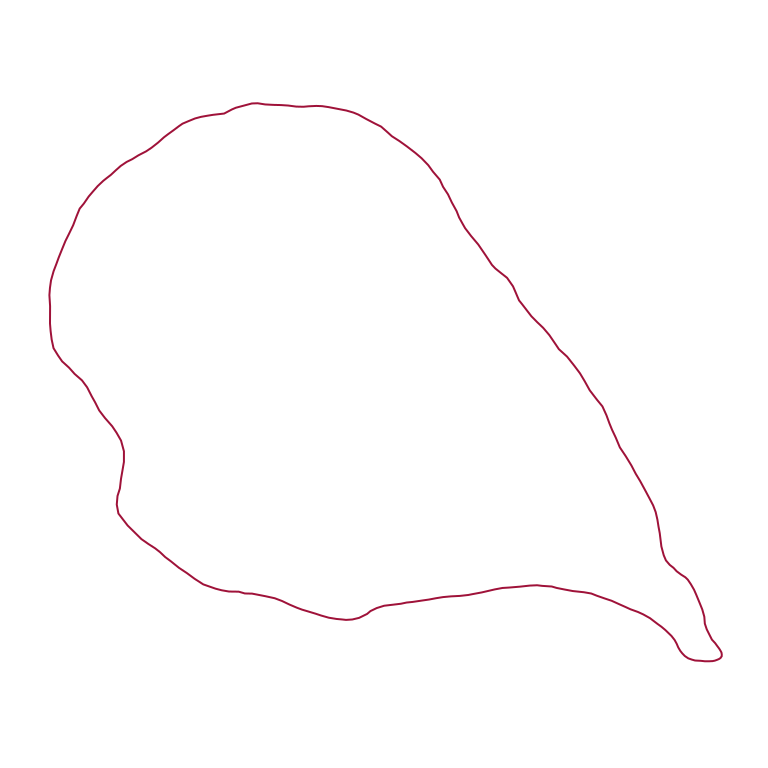 the district of Hadhdhunmathee, Maldives, rotated 89°
{"feature_id": "70690204B84265710008928", "entity_name": "Hadhdhunmathee", "entity_type": "district", "adm_level": 2, "iso_a3": "MDV", "parent_name": "Maldives", "parent_adm1": "", "projection": "natural_earth1", "projection_center": [73.435, 1.956], "detail": "fine", "context": "isolated", "style": "outline", "palette": "rose", "viewbox_px": 768, "rotation_deg": 89, "n_neighbors": 0, "source": "geoboundaries", "source_scale": "gbopen_adm2", "svg_char_len": 3354}
<svg xmlns="http://www.w3.org/2000/svg" viewBox="0 0 768 768"><g transform="rotate(89 384 384)"><path d="M289.3,717.0L300.3,716.5L309.0,716.7L317.7,716.9L325.3,716.4L333.8,715.5L342.4,713.8L349.8,709.4L355.8,705.4L362.1,698.7L368.6,693.1L375.1,685.9L382.1,680.9L391.3,676.4L397.2,673.2L405.5,669.2L413.1,663.6L421.5,656.5L428.0,652.3L436.0,647.9L446.7,645.2L457.4,645.4L466.4,647.1L474.2,648.6L483.9,649.9L491.3,652.4L499.9,653.3L508.9,651.8L521.0,642.8L534.9,629.2L539.9,622.3L544.3,615.7L548.2,610.9L553.3,605.7L557.3,600.5L564.3,592.1L569.6,584.4L575.5,576.7L581.2,568.2L585.7,556.0L587.4,549.9L588.8,542.6L589.1,532.9L591.0,526.8L591.3,519.5L592.4,514.3L594.1,506.3L596.3,497.0L599.2,489.7L602.9,482.3L606.2,474.9L608.2,469.8L609.9,464.4L612.5,456.3L614.4,450.9L616.7,443.3L618.1,435.5L618.7,429.9L619.2,426.1L618.9,419.8L617.4,413.0L613.6,404.9L610.8,401.5L607.9,395.2L605.7,387.7L604.8,378.7L604.0,370.9L602.9,365.2L602.4,359.2L601.1,349.2L600.3,342.8L599.1,335.8L598.1,328.8L597.5,320.8L597.2,311.8L596.4,303.3L595.7,299.5L594.1,289.9L591.3,276.8L590.0,269.1L589.7,262.3L589.0,251.6L588.1,241.7L587.9,234.4L588.6,229.4L589.4,219.8L590.9,215.0L592.6,207.2L594.3,198.9L595.7,187.7L597.1,180.4L599.4,174.9L602.2,167.3L604.7,160.2L608.4,152.4L611.0,146.8L613.5,141.6L616.4,134.0L618.9,128.8L622.8,122.1L626.3,117.7L628.9,114.4L631.6,110.8L634.8,107.1L638.1,103.8L640.9,101.0L645.0,97.9L648.8,95.9L652.5,94.4L656.0,92.4L658.5,90.5L661.2,88.0L663.6,84.6L664.9,81.1L665.9,77.8L666.3,72.1L666.8,68.2L666.9,63.9L666.8,60.4L666.4,58.1L665.5,55.5L664.8,53.8L663.8,52.3L662.1,51.1L660.2,51.0L658.3,51.3L656.4,52.3L654.4,53.5L651.5,55.6L648.9,57.4L645.3,60.6L639.3,63.5L634.9,65.6L629.2,67.4L622.3,67.8L615.0,69.7L608.5,72.2L600.1,75.5L595.1,77.6L589.5,80.7L584.9,83.7L582.5,86.1L579.8,90.2L576.3,94.7L572.9,97.7L569.8,101.5L565.3,105.2L560.1,107.3L556.1,108.3L551.3,109.5L538.0,110.9L531.5,112.0L524.4,113.0L516.8,114.6L510.1,117.0L503.3,120.4L494.3,125.0L485.5,129.6L478.1,133.9L469.7,138.1L460.5,143.5L451.5,149.3L441.7,153.2L433.7,156.8L427.3,159.3L419.2,162.1L410.2,166.0L403.5,171.3L393.9,178.4L384.7,183.3L376.7,187.9L369.1,193.4L359.8,200.5L352.3,208.5L346.1,212.5L337.9,217.9L330.6,223.9L324.9,229.7L318.9,235.4L313.4,239.5L306.4,244.7L302.8,247.5L298.4,249.3L294.4,250.9L288.6,253.3L280.0,259.1L275.5,264.6L270.5,270.6L266.8,274.0L262.2,276.9L256.7,280.4L246.2,287.3L237.6,294.3L229.6,300.2L225.0,302.7L218.8,306.0L212.4,308.4L203.7,313.0L195.5,316.7L187.9,321.5L180.6,324.7L172.6,331.3L166.0,335.9L158.9,342.5L153.6,348.5L146.9,356.9L141.4,364.3L136.4,371.8L132.9,375.5L126.6,382.4L123.4,388.6L118.7,397.2L114.2,404.9L112.1,409.8L109.9,416.9L107.9,426.4L106.2,434.5L105.1,441.1L104.8,446.8L105.0,454.3L105.4,459.7L105.1,466.9L103.9,475.0L103.3,482.3L103.0,489.6L102.4,498.0L101.1,505.4L101.2,511.2L105.2,527.3L106.8,531.2L110.8,539.1L111.9,550.4L112.7,556.0L113.7,562.3L115.2,568.3L117.6,574.5L120.2,580.9L122.6,584.5L126.3,589.6L130.5,595.6L133.5,599.7L138.7,605.7L143.7,612.3L147.3,617.9L149.8,623.0L151.1,625.6L154.8,631.8L157.5,637.5L161.4,643.5L165.7,648.5L170.1,653.4L173.3,657.7L176.0,661.2L181.0,666.7L186.4,671.6L191.4,676.0L198.4,681.0L203.3,685.2L210.5,688.3L219.8,692.0L228.7,696.5L235.4,700.0L243.3,703.4L251.8,707.0L258.3,709.5L265.5,712.4L274.5,715.1L282.0,716.3L289.3,717.0Z" fill="none" stroke="#9f1239" stroke-width="2"/></g></svg>